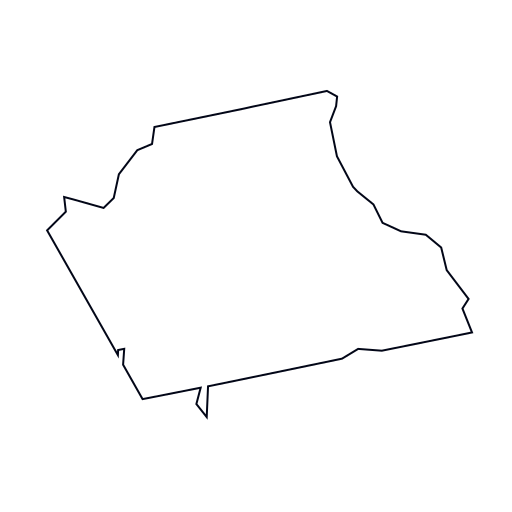 the district of Coweta, Georgia, United States of America, rotated 348°
{"feature_id": "52423323B16725270488518", "entity_name": "Coweta", "entity_type": "district", "adm_level": 2, "iso_a3": "USA", "parent_name": "United States of America", "parent_adm1": "Georgia", "projection": "albers", "projection_center": [-84.751, 33.351], "detail": "fine", "context": "isolated", "style": "outline", "palette": "ink", "viewbox_px": 512, "rotation_deg": 348, "n_neighbors": 0, "source": "geoboundaries", "source_scale": "gbopen_adm2", "svg_char_len": 678}
<svg xmlns="http://www.w3.org/2000/svg" viewBox="0 0 512 512"><g transform="rotate(348 256 256)"><path d="M455.0,342.2L439.6,309.5L438.9,286.2L426.5,270.5L403.0,262.0L386.7,249.9L381.6,230.0L368.5,213.8L365.3,208.5L355.9,175.3L356.2,140.5L365.5,126.1L368.5,116.9L359.7,109.3L283.0,109.2L275.7,109.3L183.5,108.7L177.6,124.8L161.9,127.8L138.9,147.5L128.9,169.7L116.9,177.3L88.9,162.6L80.6,158.4L79.2,173.1L57.0,187.5L100.3,324.2L101.6,319.3L107.8,319.4L103.4,334.7L115.3,372.4L120.5,372.5L174.5,373.3L166.9,388.4L174.3,403.3L182.0,373.5L225.9,373.8L318.8,374.3L336.6,368.1L359.4,374.8L451.4,375.7L447.0,350.3L455.0,342.2Z" fill="none" stroke="#020617" stroke-width="2"/></g></svg>